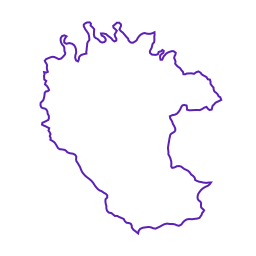 the district of Cordisburgo, Minas Gerais, Brazil, rotated 276°
{"feature_id": "56859067B649885654800", "entity_name": "Cordisburgo", "entity_type": "district", "adm_level": 2, "iso_a3": "BRA", "parent_name": "Brazil", "parent_adm1": "Minas Gerais", "projection": "robinson", "projection_center": [-44.174, -19.095], "detail": "fine", "context": "isolated", "style": "outline", "palette": "violet", "viewbox_px": 256, "rotation_deg": 276, "n_neighbors": 0, "source": "geoboundaries", "source_scale": "gbopen_adm2", "svg_char_len": 5149}
<svg xmlns="http://www.w3.org/2000/svg" viewBox="0 0 256 256"><g transform="rotate(276 128 128)"><path d="M165.7,217.8L168.2,216.6L169.0,214.8L170.8,213.7L172.1,212.2L173.4,210.1L175.1,209.2L177.2,208.8L178.8,207.0L180.5,205.5L182.8,205.2L184.7,204.4L184.8,202.2L186.8,200.8L187.6,199.0L188.3,197.2L189.1,195.6L190.5,194.5L191.6,192.2L190.6,190.0L188.8,188.0L189.0,185.2L188.6,182.6L188.3,180.7L187.4,179.3L187.3,177.5L189.4,176.9L191.3,174.9L193.0,173.5L194.0,171.6L195.2,169.9L196.9,168.2L199.0,168.3L200.5,167.7L202.3,166.6L204.4,166.8L205.9,167.5L207.8,167.6L209.1,165.4L209.1,163.7L208.4,162.1L207.5,160.2L206.1,158.3L204.3,157.0L203.0,156.0L201.4,155.5L199.5,154.9L199.3,153.2L201.5,152.5L203.6,152.4L205.1,153.7L206.5,155.3L208.4,155.5L209.2,154.0L207.8,153.0L206.9,150.6L204.5,150.0L203.6,148.0L203.5,144.2L204.8,142.2L206.5,141.7L208.2,142.3L210.1,143.1L212.3,143.4L214.3,143.7L215.8,144.9L217.8,145.1L219.6,144.9L221.2,144.6L223.4,144.7L226.0,144.3L224.9,142.5L224.1,140.7L223.8,138.9L223.8,136.7L224.2,134.6L223.6,132.9L222.2,130.9L220.5,129.5L218.5,128.3L216.1,127.4L214.7,125.9L213.4,124.1L213.2,122.2L214.0,120.7L215.3,119.3L216.9,118.8L218.0,117.4L219.3,116.0L220.7,114.6L222.4,112.8L223.5,110.9L225.1,109.2L227.1,109.8L228.8,110.4L230.4,110.1L231.8,108.2L231.5,105.9L229.7,104.3L228.0,102.6L226.3,103.1L224.9,105.1L223.5,106.7L221.7,105.9L219.5,104.9L217.5,105.7L215.6,107.1L213.7,107.2L212.7,105.5L213.7,103.6L215.4,102.1L216.5,100.3L217.6,98.4L219.1,96.4L219.4,93.6L219.2,91.3L217.2,92.1L216.7,93.7L215.8,95.2L214.1,96.5L212.4,96.6L211.0,95.5L210.3,93.4L210.8,91.5L212.1,90.1L213.5,88.2L214.1,86.4L215.2,85.0L217.5,84.3L220.4,84.1L222.7,84.1L224.3,82.4L226.0,80.1L227.9,80.2L229.1,78.9L228.7,76.3L227.7,74.6L226.2,73.2L224.5,73.4L223.2,74.3L221.7,75.2L220.4,76.4L219.0,77.6L217.7,78.7L215.7,79.5L213.8,80.0L211.6,80.4L209.1,78.9L207.5,78.6L205.6,78.7L203.2,78.6L200.9,78.7L199.4,78.5L197.7,78.9L196.9,76.5L195.7,73.8L194.1,72.3L192.6,71.9L190.7,71.9L189.0,71.3L189.8,69.3L192.3,68.1L195.2,68.1L197.1,68.6L199.1,68.4L201.4,67.8L202.9,67.1L204.6,65.9L206.0,63.5L206.3,60.6L205.3,57.8L206.3,55.7L208.3,55.4L210.4,55.9L212.7,57.3L213.5,55.0L212.5,52.8L210.3,51.7L208.3,51.8L206.3,52.4L204.2,53.7L202.8,55.3L201.4,56.2L199.5,56.5L197.7,56.8L196.0,57.8L194.4,57.6L192.9,56.5L191.3,55.3L190.1,54.2L189.2,52.1L190.1,49.7L190.9,47.3L190.9,45.5L190.2,43.5L189.0,41.2L187.9,39.3L186.1,38.2L184.7,39.1L183.4,40.2L181.9,41.0L179.8,40.9L177.3,41.5L175.5,42.4L174.6,41.0L174.8,38.7L172.7,39.4L171.1,39.0L169.6,39.3L167.4,39.7L166.3,41.8L164.4,41.1L162.7,40.9L161.3,43.0L159.2,44.7L157.4,45.5L156.2,44.3L155.8,42.5L154.3,41.5L152.5,41.5L150.9,41.5L148.6,41.2L146.7,40.8L145.4,39.7L143.9,38.5L141.4,38.6L139.4,39.7L138.8,41.5L138.6,43.4L137.8,44.9L136.0,46.1L133.8,46.6L131.8,48.0L129.4,48.3L127.7,47.9L126.4,45.9L125.3,44.2L124.3,42.3L122.4,42.1L121.7,43.6L121.2,45.5L120.4,47.5L119.6,49.7L117.1,49.2L115.6,50.5L113.8,51.6L111.8,51.0L110.0,52.2L108.2,52.0L107.3,54.1L106.1,56.3L104.5,57.7L103.2,58.7L101.9,59.6L100.6,60.7L99.8,62.2L99.8,64.6L99.6,67.4L98.7,69.0L97.5,70.2L96.8,72.8L96.7,75.9L95.8,78.3L94.1,79.6L91.4,79.6L89.5,80.2L88.0,81.6L85.8,83.2L83.8,84.6L82.1,85.4L80.7,86.2L79.2,87.2L77.6,88.7L76.1,90.4L74.8,92.3L73.5,94.5L71.7,97.1L69.9,99.0L68.0,100.5L66.7,101.6L65.2,103.1L63.8,104.8L62.9,106.4L62.5,108.2L61.2,110.5L60.2,112.8L58.9,114.4L56.7,114.6L54.8,113.1L52.6,113.2L50.2,113.8L48.2,114.6L45.7,114.9L43.4,115.9L41.8,117.9L41.7,120.3L40.6,122.0L39.2,124.0L39.4,126.5L38.6,128.4L37.8,131.1L37.1,133.2L35.0,134.6L33.6,136.5L33.6,138.7L33.1,140.7L31.4,141.9L29.4,142.2L27.4,144.0L25.9,146.5L24.2,149.1L26.9,149.4L29.1,150.8L30.4,153.3L31.1,156.1L31.7,158.7L31.6,161.3L30.9,163.5L30.8,165.9L31.9,167.7L33.1,169.8L34.9,172.3L36.2,174.4L37.0,176.8L36.9,179.6L37.2,182.8L37.0,184.9L36.4,186.6L36.1,188.9L37.4,191.0L39.0,192.0L40.3,192.8L41.8,194.1L43.1,195.8L43.8,198.0L44.0,201.5L44.7,204.1L45.1,206.2L46.1,208.5L47.8,209.4L49.2,210.2L51.4,210.7L52.6,211.7L54.1,212.3L55.3,210.8L56.6,209.1L58.8,208.6L60.8,208.6L62.4,207.6L63.4,205.8L64.9,204.7L66.4,204.4L67.9,204.4L69.9,204.8L72.0,205.9L73.8,207.0L75.4,208.4L76.7,209.9L77.9,211.7L78.9,213.5L80.5,215.1L82.5,216.2L82.2,214.0L81.6,211.7L81.6,208.7L81.9,206.5L82.0,204.4L82.6,202.0L83.4,200.2L85.6,199.5L87.3,197.6L88.2,195.8L90.3,194.0L91.7,192.3L92.5,190.2L93.0,188.5L94.0,186.8L95.1,185.1L95.5,183.0L95.1,180.6L93.6,178.3L93.0,176.1L94.2,175.0L95.8,174.9L97.6,174.8L99.3,174.5L100.7,173.9L102.1,173.4L104.2,172.2L106.1,170.9L108.0,170.8L110.2,170.3L112.3,169.8L114.7,169.9L117.8,170.1L119.4,170.2L121.5,170.3L123.4,170.5L125.8,170.8L127.1,171.9L128.1,173.3L129.2,174.6L130.5,175.3L132.6,175.0L135.1,173.5L136.9,172.1L138.3,171.6L140.1,170.5L141.9,169.0L144.0,168.4L145.4,170.7L146.2,173.4L147.4,175.2L149.4,176.7L151.4,177.7L152.9,178.3L154.8,178.9L156.2,179.8L156.8,181.5L156.5,183.9L154.6,184.4L152.4,184.8L152.0,187.1L152.3,189.2L152.8,192.2L153.2,195.0L153.3,197.6L154.7,199.9L156.3,201.8L157.2,203.9L155.7,205.2L154.4,207.2L155.1,209.3L157.3,209.6L158.9,209.8L160.7,211.3L162.2,212.3L163.2,213.7L164.2,215.5L165.7,217.8Z" fill="none" stroke="#5b21b6" stroke-width="2"/></g></svg>